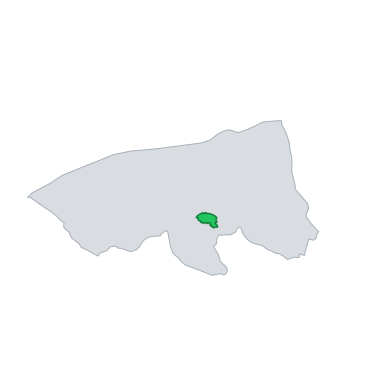 location of Kpaai, Bong, Liberia, rotated 127°
{"feature_id": "62588387B85752437288892", "entity_name": "Kpaai", "entity_type": "district", "adm_level": 2, "iso_a3": "LBR", "parent_name": "Liberia", "parent_adm1": "Bong", "projection": "robinson", "projection_center": [-9.185, 6.933], "detail": "fine", "context": "in_parent", "style": "filled", "palette": "green", "viewbox_px": 384, "rotation_deg": 127, "n_neighbors": 0, "source": "geoboundaries", "source_scale": "gbopen_adm2", "svg_char_len": 4167}
<svg xmlns="http://www.w3.org/2000/svg" viewBox="0 0 384 384"><g transform="rotate(127 192 192)"><path d="M81.2,163.7L84.1,161.0L88.3,152.2L94.2,143.8L99.7,138.8L104.0,133.6L108.6,129.7L115.2,125.1L125.3,112.9L127.6,111.5L129.3,103.2L131.8,92.5L134.7,89.1L141.6,87.2L143.2,85.3L145.6,77.8L147.2,69.0L147.3,67.1L150.0,66.9L154.6,65.0L157.3,65.9L158.5,68.4L159.1,70.5L173.1,65.0L174.3,63.9L175.0,64.1L176.8,69.0L177.8,68.7L178.6,67.3L179.6,67.2L180.7,67.8L181.8,70.1L183.5,72.2L186.6,73.6L188.5,75.6L188.3,80.9L189.0,86.0L190.3,87.2L191.0,90.3L191.4,93.6L192.1,95.4L192.6,98.8L192.4,102.4L192.9,105.0L195.1,109.4L196.5,114.9L196.5,118.9L195.7,123.0L194.2,126.8L191.6,130.9L191.4,132.6L193.0,133.6L195.3,133.8L197.3,133.0L202.2,134.9L204.8,137.6L207.1,141.0L209.2,142.7L210.1,144.8L213.6,144.2L217.7,142.2L218.5,141.2L219.7,141.7L222.4,141.9L224.2,138.3L225.7,134.0L228.9,129.4L230.4,127.7L230.8,124.7L231.0,121.0L232.1,117.7L234.7,115.9L237.6,115.9L239.1,116.6L239.9,119.8L242.2,122.2L244.1,123.8L245.1,124.5L246.7,126.4L248.3,132.8L254.3,153.5L254.0,159.2L252.8,162.9L252.8,166.6L252.4,170.2L248.7,176.1L237.8,188.1L238.6,189.2L241.3,190.6L243.9,191.3L246.1,190.9L248.8,193.9L251.8,197.7L254.9,199.7L259.4,201.4L263.3,201.6L266.6,200.9L271.4,201.7L276.4,204.8L278.2,210.0L279.4,214.5L281.1,216.8L281.3,220.7L284.9,224.2L290.0,224.8L296.6,228.9L298.3,228.7L299.0,228.2L299.8,228.9L301.5,240.5L302.8,246.7L302.1,249.2L301.2,251.2L301.2,260.5L298.2,265.9L297.7,271.8L296.9,273.8L293.7,275.5L293.7,280.0L292.8,285.5L292.5,291.3L293.4,306.6L293.6,317.9L295.0,320.1L288.8,319.1L270.5,310.5L256.4,305.5L209.3,277.1L196.2,265.6L181.1,248.7L147.6,214.4L139.9,209.0L130.3,206.3L124.3,203.4L120.1,200.2L116.7,190.7L108.3,185.1L92.9,177.1L81.2,163.7Z" fill="#d9dde1" stroke="#a8b0b8" stroke-width="1"/><path d="M209.8,173.2L209.7,173.0L209.7,172.9L209.4,172.7L209.2,172.2L208.9,171.8L208.9,171.7L209.0,171.5L209.3,171.6L209.6,171.2L209.9,170.9L210.1,170.7L210.3,170.5L210.4,170.4L210.5,170.3L210.6,170.2L210.5,169.8L210.4,169.2L210.5,169.1L210.6,168.8L210.6,168.7L210.4,168.4L210.3,168.5L210.3,168.8L210.2,168.7L210.1,168.3L210.1,168.0L210.1,167.8L210.1,167.7L210.3,167.4L210.2,167.2L210.3,167.1L210.6,167.2L210.8,166.9L210.7,166.8L210.6,166.7L210.5,166.4L210.4,166.2L210.2,165.7L210.4,165.3L210.6,165.3L210.6,165.2L210.4,165.0L210.2,164.9L210.0,164.7L209.9,164.6L209.8,164.3L209.8,163.9L209.8,163.7L209.7,163.7L209.3,163.7L209.1,163.7L208.9,163.6L208.7,163.5L208.7,163.4L208.8,163.2L208.7,162.9L208.6,162.7L208.2,162.3L208.0,162.2L207.9,162.2L208.0,161.9L208.0,161.5L208.0,161.4L208.1,161.2L207.9,161.1L207.6,160.6L207.3,160.4L207.2,160.4L207.0,160.5L206.9,160.6L206.7,160.6L206.7,160.4L206.6,160.2L206.3,159.8L206.2,159.7L206.0,159.4L206.0,159.1L206.3,158.6L206.2,158.5L206.2,158.4L206.3,158.4L206.7,158.3L206.8,158.3L207.1,158.0L207.4,157.8L207.5,157.8L207.6,157.7L207.4,157.5L207.3,157.2L207.2,157.2L207.1,156.9L207.2,156.7L207.0,156.4L207.3,156.3L207.5,156.2L207.6,156.3L207.7,156.2L207.9,155.8L207.9,155.5L207.9,155.3L207.7,155.0L207.6,154.9L207.3,154.3L207.5,154.0L207.6,153.8L207.7,153.7L207.8,153.6L207.4,153.1L207.0,152.7L206.7,152.6L206.3,152.5L206.2,152.4L205.8,152.1L205.7,152.0L205.6,151.9L205.3,151.4L205.1,151.0L204.9,150.7L204.7,150.8L204.2,150.8L204.0,151.0L203.9,151.0L203.5,151.9L203.3,153.0L203.2,153.8L203.1,154.2L203.1,154.3L203.0,154.6L202.6,155.1L202.3,155.0L202.2,154.9L202.0,154.7L201.9,154.5L201.3,154.0L201.1,153.9L200.8,154.6L200.2,155.6L200.0,155.8L199.9,155.9L199.5,155.8L199.2,156.3L198.5,156.6L197.8,156.6L197.8,157.6L197.6,157.8L197.2,158.0L197.2,158.7L197.4,159.7L197.4,160.3L197.5,160.5L197.6,161.4L197.6,161.8L197.9,162.2L198.0,162.8L198.3,163.8L198.5,164.8L198.7,165.2L199.0,165.5L199.8,166.7L200.0,167.0L200.3,167.7L200.4,167.8L200.0,168.3L200.1,168.5L200.4,168.9L200.8,169.0L201.0,168.8L201.5,168.5L201.8,168.7L201.8,169.1L201.9,169.4L202.1,170.8L202.2,171.2L202.4,171.1L202.7,170.9L202.9,170.9L203.1,171.2L203.4,171.4L203.6,171.5L204.0,171.9L204.2,172.1L204.4,172.2L205.0,172.4L205.2,172.5L206.1,172.7L206.9,173.1L207.4,173.3L207.7,173.3L208.0,173.4L208.6,173.3L209.8,173.2Z" fill="#22c55e" stroke="#15803d" stroke-width="1.5"/></g></svg>